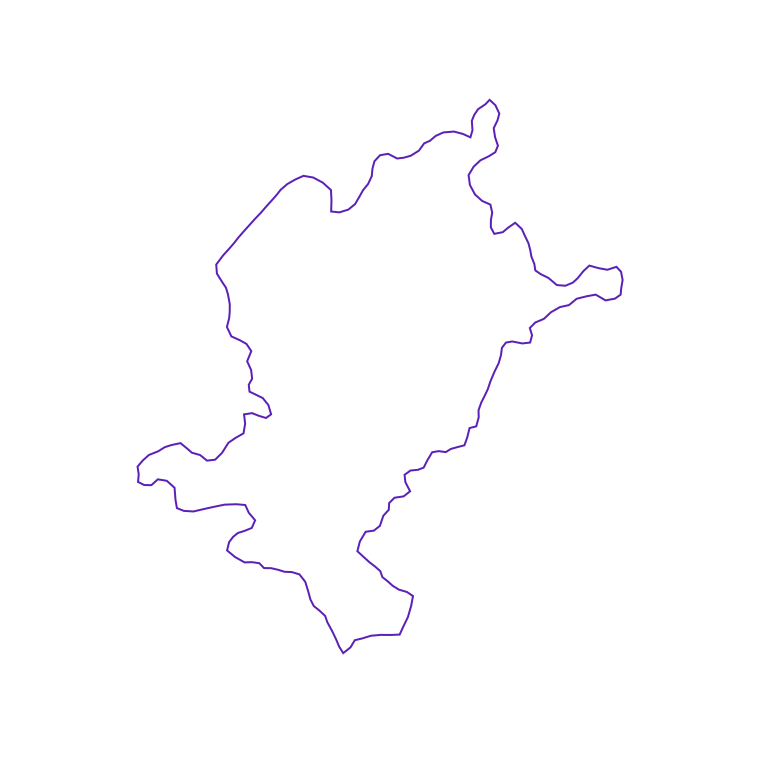 Maravilhas, Minas Gerais, Brazil, rotated 328°
{"feature_id": "56859067B58643809104177", "entity_name": "Maravilhas", "entity_type": "district", "adm_level": 2, "iso_a3": "BRA", "parent_name": "Brazil", "parent_adm1": "Minas Gerais", "projection": "mercator", "projection_center": [-44.67, -19.514], "detail": "fine", "context": "isolated", "style": "outline", "palette": "violet", "viewbox_px": 768, "rotation_deg": 328, "n_neighbors": 0, "source": "geoboundaries", "source_scale": "gbopen_adm2", "svg_char_len": 3202}
<svg xmlns="http://www.w3.org/2000/svg" viewBox="0 0 768 768"><g transform="rotate(328 384 384)"><path d="M624.1,199.0L618.2,200.5L609.4,200.8L603.1,203.6L597.9,207.4L593.5,215.7L588.0,220.6L583.4,213.7L577.1,207.0L567.6,202.1L559.3,201.0L551.9,202.1L545.6,201.2L537.3,204.6L527.6,204.6L520.5,202.5L514.6,199.7L509.5,191.0L501.9,187.9L494.0,190.0L488.4,195.2L483.8,201.2L476.6,205.9L469.0,208.5L462.8,211.9L454.8,216.1L446.2,217.2L437.1,214.8L430.6,209.7L436.8,200.4L441.8,191.4L438.8,180.8L433.4,171.4L426.0,164.8L417.4,163.6L407.9,163.2L399.4,164.5L393.3,166.7L385.2,169.1L377.2,171.4L370.0,173.6L362.1,175.6L354.5,177.8L346.4,180.1L337.9,182.7L331.6,185.0L324.5,187.2L315.9,189.6L305.0,193.8L300.8,201.9L300.8,211.9L301.0,218.6L299.1,225.5L295.5,234.6L291.3,241.2L287.6,246.1L281.0,252.4L279.8,262.8L284.9,270.4L288.6,277.1L288.9,285.8L280.0,292.2L278.7,301.8L275.0,309.6L268.9,313.0L265.9,319.2L270.2,326.0L273.7,331.6L274.8,340.5L272.2,349.9L265.9,350.3L260.9,344.5L256.7,338.8L249.2,335.6L245.2,344.1L238.7,351.4L229.4,351.0L220.9,351.4L210.1,356.6L200.7,358.7L193.3,355.2L190.4,346.8L184.7,340.5L182.8,334.3L180.1,326.3L171.3,323.1L164.6,321.4L156.7,321.4L147.0,319.6L138.6,321.1L131.2,323.5L128.1,330.7L123.5,336.7L127.1,342.6L133.1,346.5L141.7,345.0L148.5,351.0L151.4,361.0L145.9,371.5L142.6,379.5L147.0,385.5L154.8,391.1L165.0,394.6L174.9,398.1L185.0,401.9L195.2,407.8L202.2,413.1L201.1,421.5L202.5,431.3L195.6,436.0L188.1,434.7L181.0,432.9L174.9,433.7L168.9,436.0L162.7,442.0L166.0,451.8L171.2,461.4L177.6,465.1L183.3,469.9L184.7,476.5L190.6,480.3L195.9,485.6L200.1,490.5L206.1,494.6L211.4,500.6L212.4,510.1L210.0,519.1L207.4,527.8L206.8,535.1L209.3,542.4L211.2,549.5L209.7,556.0L209.1,566.1L208.0,575.6L206.8,583.0L206.8,590.6L216.0,589.6L223.5,585.8L230.3,588.1L239.6,590.6L248.4,595.1L256.7,600.4L264.5,604.8L271.6,600.1L280.7,594.4L289.6,586.4L296.2,579.2L293.2,572.5L287.6,566.2L284.4,559.6L282.6,553.3L280.3,546.9L281.7,540.7L279.6,533.8L277.1,527.1L275.2,520.4L272.8,511.7L280.0,504.8L290.1,499.6L297.8,503.0L305.4,502.1L313.6,495.4L321.4,493.2L325.3,487.7L332.6,486.0L341.1,489.7L349.3,488.8L350.1,478.6L353.3,471.9L360.6,471.4L367.4,474.8L373.4,475.9L380.5,471.6L388.7,467.4L394.8,469.9L400.3,474.5L406.3,474.5L412.4,476.3L419.7,478.6L426.3,473.4L433.2,466.7L439.8,468.8L446.6,462.5L450.3,456.3L456.9,451.1L463.4,447.2L469.3,443.4L475.6,438.2L484.1,432.2L492.3,427.1L498.5,421.5L503.2,415.8L509.4,413.5L515.3,415.9L522.8,422.9L529.9,426.3L535.4,421.1L537.3,413.8L545.0,412.0L554.1,413.5L563.7,411.6L573.9,412.0L582.7,415.1L592.5,413.8L602.1,416.9L610.9,420.4L616.2,430.5L625.1,434.0L632.0,433.6L636.0,428.4L641.5,422.2L644.5,414.4L643.2,407.8L634.0,405.5L627.4,399.5L620.9,392.4L613.0,393.9L604.0,397.0L597.9,398.1L589.9,396.8L583.0,391.7L579.7,381.3L575.1,373.9L572.5,367.8L575.1,361.9L576.5,354.1L579.0,347.9L581.1,341.2L582.1,332.1L583.0,325.6L580.7,316.8L572.2,317.2L565.2,318.2L557.1,315.1L557.6,307.8L561.7,301.4L566.6,296.0L569.3,288.2L564.3,280.9L561.6,271.5L562.3,260.8L566.4,251.7L575.2,247.2L584.3,245.4L593.5,246.4L601.2,246.4L606.9,242.3L609.0,233.5L612.6,225.2L619.9,220.6L625.1,215.8L626.2,206.6L624.1,199.0Z" fill="none" stroke="#5b21b6" stroke-width="2"/></g></svg>